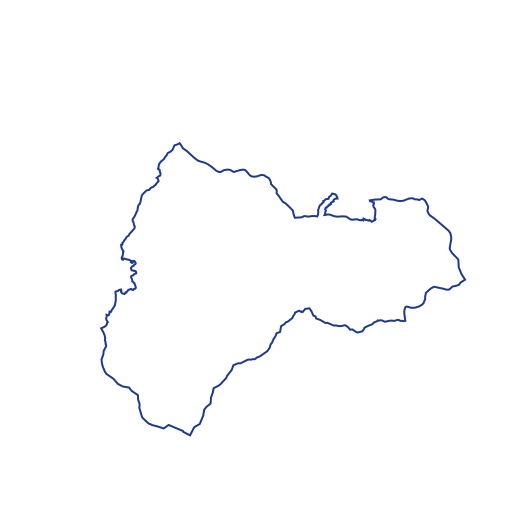 Bistra, Maramures, Romania (Mercator projection), rotated 155°
{"feature_id": "2599482B95766833415953", "entity_name": "Bistra", "entity_type": "district", "adm_level": 2, "iso_a3": "ROU", "parent_name": "Romania", "parent_adm1": "Maramures", "projection": "mercator", "projection_center": [24.244, 47.867], "detail": "fine", "context": "isolated", "style": "outline", "palette": "blue", "viewbox_px": 512, "rotation_deg": 155, "n_neighbors": 0, "source": "geoboundaries", "source_scale": "gbopen_adm2", "svg_char_len": 6131}
<svg xmlns="http://www.w3.org/2000/svg" viewBox="0 0 512 512"><g transform="rotate(155 256 256)"><path d="M373.5,323.1L374.3,320.9L374.4,320.1L374.3,319.8L374.5,318.5L374.2,317.3L374.2,316.0L374.9,315.7L375.4,314.5L377.2,312.1L378.5,311.2L378.8,310.1L378.6,309.1L378.1,308.8L377.1,309.6L376.4,309.3L373.8,306.9L372.4,306.1L371.6,304.4L370.5,303.9L370.8,303.0L371.5,303.2L371.9,303.0L371.3,302.1L370.3,302.2L369.9,302.8L368.8,303.2L368.3,302.9L367.9,300.9L368.2,300.1L368.7,299.7L369.8,299.7L371.2,298.8L372.7,298.9L374.2,298.2L374.5,297.9L374.8,295.6L373.5,294.8L372.8,293.9L372.4,293.9L371.6,293.2L371.4,292.1L371.9,290.9L374.0,291.0L375.8,290.3L376.4,290.6L377.5,290.5L378.1,289.8L378.3,286.6L378.9,285.3L378.2,284.1L378.1,283.1L377.6,282.7L377.9,281.8L377.8,280.8L378.3,278.0L379.2,277.4L380.3,277.7L381.8,277.1L382.5,277.7L382.9,278.9L383.5,279.1L384.9,278.9L385.9,279.3L388.4,278.0L389.6,278.2L389.8,278.0L389.7,277.7L389.8,277.4L391.4,277.2L393.0,278.7L393.5,280.0L393.3,281.1L392.8,281.2L393.1,281.9L392.6,282.7L394.3,283.1L396.1,282.7L398.4,283.1L399.2,281.5L399.6,279.5L400.5,278.1L401.7,275.2L404.7,271.0L407.0,269.4L410.1,267.7L410.4,267.1L411.3,266.6L412.2,267.4L414.0,264.8L415.0,264.7L415.8,265.2L416.3,265.8L416.8,264.5L418.4,262.3L418.6,261.5L418.3,258.6L419.0,258.5L420.1,257.1L421.3,256.3L422.8,255.9L426.9,255.9L426.6,251.9L426.7,248.0L427.5,245.2L428.6,243.3L428.6,241.9L429.2,240.9L429.2,239.9L429.6,239.4L429.5,238.6L429.9,237.6L434.1,234.4L435.9,231.4L439.9,227.3L441.3,222.4L441.7,219.4L441.8,215.2L441.5,212.5L437.1,205.0L435.2,198.4L431.8,194.0L426.5,190.3L426.5,189.1L425.4,185.7L421.9,180.0L421.9,179.6L423.4,176.0L423.7,174.7L423.9,171.7L424.7,169.6L425.9,167.8L427.3,158.3L427.2,157.3L424.6,150.5L423.3,148.5L422.7,148.2L421.7,146.7L417.8,143.6L412.5,138.7L406.6,139.8L396.1,128.2L396.2,127.3L391.6,121.3L384.3,127.0L378.0,127.5L371.3,133.6L367.9,138.6L364.4,140.3L359.6,141.4L356.6,146.7L352.6,150.8L350.3,154.1L344.8,154.3L342.1,154.9L334.4,158.1L332.9,159.6L326.3,162.9L322.6,166.6L317.3,166.3L315.5,165.3L307.1,165.5L303.9,164.0L302.7,164.0L301.1,163.1L299.7,163.1L298.4,163.6L294.8,163.4L285.9,165.0L282.3,167.1L280.1,169.7L277.9,170.7L275.9,172.8L271.8,175.4L270.1,177.3L266.3,177.0L262.9,181.8L259.2,182.2L256.9,183.2L254.8,183.1L249.3,184.4L248.0,185.6L245.4,187.2L244.4,188.2L240.1,188.2L238.9,186.5L238.2,186.5L237.9,185.6L237.1,185.6L233.7,187.3L230.0,186.1L229.6,185.8L229.1,182.2L229.2,177.7L228.1,176.8L227.6,176.0L227.9,174.0L224.8,170.9L221.6,166.3L221.0,165.8L219.5,165.2L214.8,160.0L212.5,159.1L211.2,157.8L208.3,156.4L204.8,155.8L203.4,154.2L202.1,150.8L201.9,149.5L199.7,148.7L197.4,144.9L196.2,143.7L191.5,142.8L188.7,144.3L187.9,145.2L184.0,145.3L179.8,145.0L177.0,145.9L174.0,145.7L173.0,146.2L172.4,145.6L171.0,145.4L169.2,144.5L166.9,141.9L161.6,140.7L158.1,138.8L154.6,138.2L153.6,137.6L152.6,136.2L150.6,135.3L149.9,134.6L148.1,134.1L146.4,139.6L145.2,142.9L143.5,145.3L142.4,146.3L141.7,146.6L140.6,146.4L137.4,143.6L133.9,142.0L129.7,141.4L126.2,141.7L124.2,142.4L120.9,145.5L119.8,147.8L117.6,150.8L111.2,152.7L107.6,152.9L100.2,147.3L97.6,145.0L95.1,143.9L90.8,145.3L88.2,144.6L84.5,144.1L81.7,145.5L76.5,146.2L77.4,152.8L77.1,159.9L74.3,166.8L74.4,168.2L77.0,175.7L77.5,179.4L77.2,181.2L72.3,188.2L71.2,190.2L70.2,194.7L70.8,197.6L72.3,201.0L78.3,214.2L81.3,219.5L81.7,221.3L81.6,224.3L79.5,227.3L79.1,228.4L79.2,233.4L79.7,235.6L81.1,237.8L84.5,237.8L85.7,239.0L88.2,240.3L89.3,241.8L90.8,242.7L93.1,243.4L99.1,243.8L101.5,244.6L103.9,245.9L107.7,249.0L111.5,251.3L112.4,252.4L113.0,254.1L114.6,255.1L116.2,255.3L119.2,254.7L124.4,256.9L129.3,258.3L129.4,257.3L128.5,257.0L127.7,255.9L127.4,254.9L126.6,254.8L127.2,253.2L128.2,252.5L128.7,250.9L128.7,250.5L128.2,248.9L128.3,247.3L130.5,243.1L132.1,240.8L132.2,239.5L132.6,239.4L132.3,238.9L132.7,238.8L132.6,238.5L133.0,238.2L133.9,238.5L134.7,238.2L136.8,238.2L137.1,239.5L138.3,240.2L138.2,240.6L138.9,240.5L139.2,240.9L139.9,241.2L140.5,242.1L141.5,242.4L141.8,243.3L142.2,243.1L142.5,243.6L143.3,243.6L143.3,243.8L143.7,243.3L143.8,243.7L145.0,244.1L145.3,243.8L147.2,244.9L148.9,246.6L153.7,248.3L155.1,249.5L157.6,253.6L160.6,255.3L165.8,257.3L168.1,258.9L170.0,260.6L170.5,261.4L172.8,263.1L176.6,264.2L175.1,265.5L174.6,266.6L173.5,267.6L173.6,269.1L172.4,270.3L171.5,269.9L170.4,270.8L169.4,270.6L168.8,271.3L167.9,271.2L167.6,271.6L166.6,271.2L166.1,271.3L166.2,272.0L165.6,272.7L162.5,272.6L162.4,273.7L161.5,274.2L160.0,274.5L157.9,273.6L157.5,275.0L157.8,277.7L158.1,278.4L160.6,280.4L162.7,279.0L164.9,278.6L165.3,277.9L166.1,277.5L166.3,277.2L168.7,278.0L171.1,277.2L171.8,277.4L172.2,276.1L174.3,275.8L174.8,275.1L176.2,275.1L177.2,274.5L180.6,271.0L180.8,269.9L181.6,268.3L182.7,266.9L183.8,266.0L185.9,267.4L188.6,268.6L191.5,269.4L195.4,271.8L198.3,271.8L204.6,274.2L204.4,277.2L203.4,281.6L205.2,286.8L207.0,291.2L208.8,293.9L209.9,300.3L210.8,304.1L209.7,306.1L209.4,307.7L212.0,314.8L211.3,316.9L211.2,319.0L211.5,321.2L212.6,322.8L213.4,323.6L214.3,325.5L216.7,327.2L221.7,327.8L224.4,328.7L226.7,330.4L227.7,332.4L228.8,336.6L229.5,338.5L231.1,339.7L233.9,340.6L240.6,341.5L243.0,344.9L244.9,346.2L248.5,347.3L252.4,347.1L253.3,347.4L255.1,348.9L256.0,350.1L258.1,354.7L260.7,359.3L262.8,362.0L267.8,366.4L268.8,367.8L270.6,371.4L274.3,380.3L276.7,384.5L277.2,389.1L277.6,390.6L278.9,390.3L283.2,390.7L286.8,387.5L289.4,386.7L292.3,386.6L293.0,386.3L293.7,385.5L297.0,383.8L298.4,382.8L302.4,381.7L305.1,380.2L307.2,377.2L308.0,376.5L307.9,376.0L307.1,375.2L306.9,374.6L307.3,373.8L307.6,372.7L307.6,371.3L308.2,370.1L308.8,369.4L310.4,369.4L312.9,368.8L312.3,368.2L312.6,365.1L315.9,363.6L316.6,363.0L318.8,362.6L319.6,362.1L322.3,362.2L323.2,362.0L324.8,361.0L326.5,361.5L327.7,361.6L332.6,359.9L333.6,359.2L334.6,358.3L338.0,353.7L339.4,352.3L340.4,352.1L341.9,350.9L344.6,346.9L346.0,346.2L346.7,345.3L349.7,342.9L352.1,341.6L352.9,340.2L352.9,337.7L353.5,335.5L353.3,334.2L354.1,332.8L355.5,331.9L361.6,329.3L362.9,328.2L364.5,328.1L365.6,327.7L366.5,326.9L368.4,326.0L371.0,324.4L371.6,324.3L371.9,323.4L372.8,322.7L373.5,323.1Z" fill="none" stroke="#1e3a8a" stroke-width="2"/></g></svg>